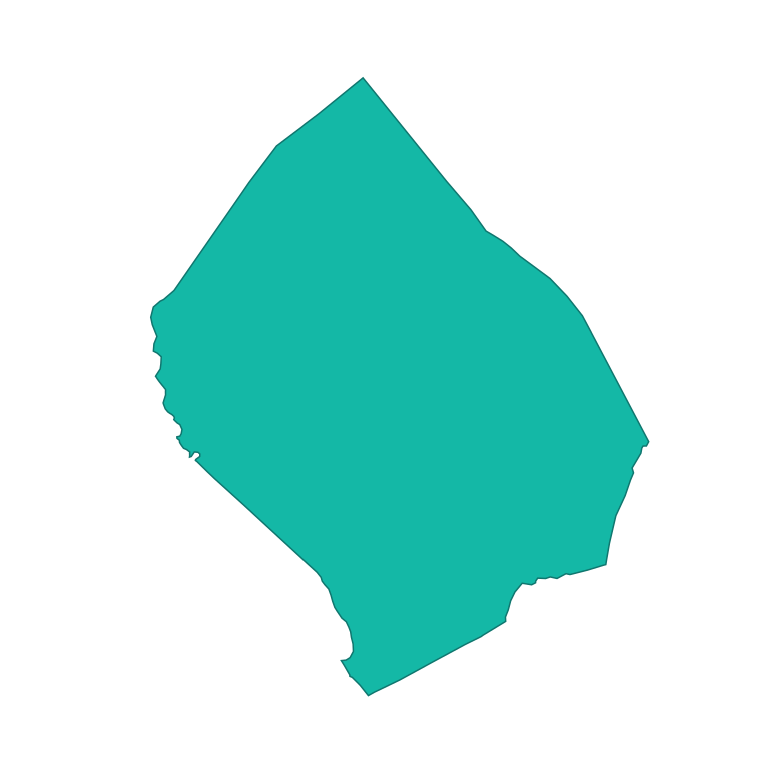 Basundah, Gedarif, Sudan, rotated 58°
{"feature_id": "16777658B35788536409023", "entity_name": "Basundah", "entity_type": "district", "adm_level": 2, "iso_a3": "SDN", "parent_name": "Sudan", "parent_adm1": "Gedarif", "projection": "orthographic", "projection_center": [35.854, 12.928], "detail": "fine", "context": "isolated", "style": "filled", "palette": "teal", "viewbox_px": 768, "rotation_deg": 58, "n_neighbors": 0, "source": "geoboundaries", "source_scale": "gbopen_adm2", "svg_char_len": 2330}
<svg xmlns="http://www.w3.org/2000/svg" viewBox="0 0 768 768"><g transform="rotate(58 384 384)"><path d="M293.0,582.2L295.4,581.2L296.5,580.6L297.5,580.1L300.0,579.4L301.7,579.8L302.8,581.2L304.2,580.9L307.4,580.1L310.2,578.7L313.0,579.1L315.4,579.4L318.6,582.3L320.0,584.8L319.0,587.7L320.4,588.4L323.2,587.4L325.3,588.4L328.5,588.4L332.3,588.1L334.8,586.3L338.7,584.8L339.7,585.6L341.5,586.6L342.9,587.7L343.3,585.9L341.1,580.9L343.3,578.0L345.7,577.3L347.8,578.7L348.2,583.8L348.9,584.5L350.6,583.8L364.4,580.5L374.2,578.0L411.2,567.5L437.9,560.2L490.1,545.9L490.0,545.5L508.3,540.4L514.7,539.7L518.5,540.8L523.1,540.4L528.7,539.4L535.1,540.8L541.1,542.6L547.4,544.0L552.3,544.0L560.4,543.7L565.7,541.9L571.7,542.6L576.6,543.6L581.5,545.8L587.1,547.6L588.2,548.0L594.6,551.6L598.1,557.7L598.1,562.4L596.0,566.7L600.9,566.7L612.5,567.1L613.9,567.8L616.0,566.3L622.9,564.7L626.9,563.8L640.0,562.3L640.3,555.5L643.4,527.3L645.5,491.3L647.9,453.4L649.7,435.3L649.5,433.0L649.8,406.6L646.0,404.5L641.4,398.3L635.0,391.5L629.8,383.2L626.2,372.4L628.7,369.5L632.5,365.2L632.9,360.8L631.5,359.8L630.1,356.5L634.6,350.0L635.7,345.3L640.6,340.3L641.3,330.2L644.1,327.3L645.2,324.0L648.3,314.3L649.7,309.9L653.9,294.1L654.7,291.6L650.9,288.3L638.4,277.1L618.6,257.2L606.5,238.7L596.1,225.9L591.6,219.5L586.7,218.1L584.0,212.8L578.8,202.8L574.9,199.3L573.9,197.2L575.6,194.3L573.2,190.1L450.3,181.0L449.8,180.9L431.3,179.6L406.5,182.3L382.5,187.3L347.5,201.1L336.1,204.0L326.1,207.5L316.7,212.1L308.4,216.4L282.5,217.9L245.3,223.5L113.3,239.5L120.4,296.3L125.1,349.1L141.5,391.9L148.1,407.1L193.4,512.6L195.5,526.2L195.1,530.0L196.5,538.9L203.8,546.5L210.9,549.1L223.3,551.4L228.0,557.8L233.9,562.2L237.6,560.0L239.2,559.5L242.8,558.5L243.1,558.7L243.3,558.8L248.6,562.5L252.6,565.8L255.8,572.6L256.4,573.7L257.4,573.6L259.2,573.6L260.8,573.5L261.6,573.5L262.1,573.4L262.8,573.4L263.3,573.3L263.8,573.3L267.2,572.9L270.0,572.5L270.3,572.5L270.6,572.5L272.1,572.3L272.5,572.2L272.9,572.2L273.2,572.4L273.6,572.6L274.0,572.9L274.6,573.3L276.4,574.4L276.9,574.7L277.7,575.2L277.8,575.4L278.0,575.6L278.2,575.9L278.8,576.6L279.8,577.7L281.2,579.4L281.7,579.9L282.4,580.7L282.5,580.9L282.8,581.2L283.1,581.4L283.8,581.6L284.1,581.7L288.6,582.6L289.2,582.7L289.3,582.7L293.0,582.2Z" fill="#14b8a6" stroke="#0f766e" stroke-width="1.5"/></g></svg>